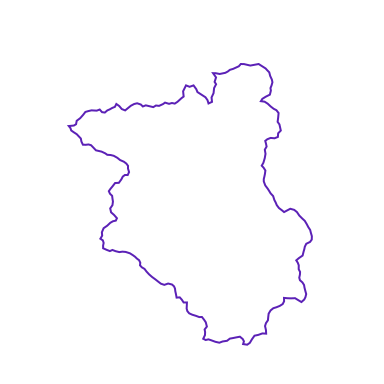 outline of Monte Santo de Minas, Minas Gerais, Brazil, rotated 104°
{"feature_id": "56859067B96658900686758", "entity_name": "Monte Santo de Minas", "entity_type": "district", "adm_level": 2, "iso_a3": "BRA", "parent_name": "Brazil", "parent_adm1": "Minas Gerais", "projection": "albers", "projection_center": [-46.948, -21.205], "detail": "fine", "context": "isolated", "style": "outline", "palette": "violet", "viewbox_px": 384, "rotation_deg": 104, "n_neighbors": 0, "source": "geoboundaries", "source_scale": "gbopen_adm2", "svg_char_len": 3658}
<svg xmlns="http://www.w3.org/2000/svg" viewBox="0 0 384 384"><g transform="rotate(104 192 192)"><path d="M252.9,269.7L256.1,268.6L259.5,269.6L260.5,266.8L262.8,265.4L265.5,265.3L268.1,264.6L268.8,260.7L269.2,257.4L267.5,255.2L267.9,251.9L267.9,248.0L266.7,245.0L266.2,241.8L266.5,237.4L267.6,234.1L268.6,231.6L269.9,229.4L271.0,226.8L273.1,225.1L275.7,224.7L277.2,222.5L278.1,219.5L280.2,216.9L282.3,213.7L284.1,210.2L285.7,206.3L287.1,203.2L288.5,200.0L288.8,196.4L286.6,193.0L286.6,189.0L287.9,186.6L289.9,185.1L292.3,184.2L294.9,182.9L298.2,181.4L297.2,178.4L298.9,175.9L301.2,173.4L300.4,170.2L303.8,169.5L306.4,169.0L308.7,167.7L310.4,165.4L311.0,162.1L311.2,158.3L311.6,154.8L310.9,152.1L313.0,149.4L315.1,147.1L319.0,145.0L322.3,146.5L324.7,145.4L327.7,144.8L331.7,145.6L332.3,142.9L331.0,140.4L331.2,137.7L331.7,133.0L331.6,129.0L329.6,126.1L327.9,122.0L325.1,119.8L323.9,117.1L322.5,114.2L320.8,110.5L322.4,107.2L324.3,105.5L327.2,105.6L326.8,101.5L324.4,99.4L320.4,98.2L316.3,96.6L314.6,93.1L312.2,89.5L311.5,85.8L308.2,86.8L304.4,88.7L301.3,88.5L298.1,87.3L294.7,87.8L291.5,88.2L287.9,87.1L285.1,85.0L283.4,82.2L281.3,79.3L278.8,76.9L275.8,76.2L272.5,77.1L272.0,73.8L271.3,70.4L270.1,66.3L271.3,62.5L272.3,59.2L269.2,57.1L266.7,56.5L263.4,56.5L260.4,58.2L257.6,59.7L255.1,60.8L253.0,63.0L251.5,65.9L249.2,67.2L246.0,67.3L243.4,67.8L241.1,69.8L237.3,70.7L235.1,72.2L233.1,74.3L230.3,72.3L226.9,69.3L223.0,69.3L220.4,69.2L217.8,69.3L214.6,68.6L211.9,65.4L209.2,64.3L205.9,65.0L202.8,66.8L200.2,68.2L198.0,70.6L195.4,72.9L192.7,75.6L191.0,78.7L188.9,82.2L186.1,85.3L184.6,88.5L184.5,92.6L187.3,95.7L189.2,97.8L188.0,100.3L186.5,103.8L184.2,106.6L181.9,108.3L179.9,110.1L176.3,112.3L174.3,115.4L172.4,117.3L170.5,119.3L167.9,122.5L164.4,124.9L162.1,125.5L159.7,125.5L156.9,125.6L153.4,126.0L151.1,128.4L149.6,130.7L146.4,129.8L141.6,129.6L137.2,129.9L133.3,131.6L129.9,130.6L127.2,131.9L124.7,133.3L122.6,131.7L120.5,128.8L119.9,124.9L117.8,122.0L114.2,122.6L110.9,120.7L107.7,122.3L105.3,123.5L103.2,125.9L98.9,126.4L94.4,127.1L92.2,129.9L91.5,132.9L90.0,136.3L88.0,139.9L86.8,143.4L87.2,147.1L84.6,146.3L81.7,143.5L78.7,140.0L74.5,140.0L72.2,141.0L69.4,140.6L66.1,140.5L63.6,141.7L60.5,144.2L57.2,146.0L55.7,148.4L54.3,150.5L53.1,154.1L51.7,158.3L55.2,166.0L55.3,172.5L56.0,175.6L58.7,177.0L62.6,181.9L64.3,184.8L66.4,186.4L68.3,188.5L70.8,193.7L71.0,197.8L71.6,200.3L75.0,196.4L79.7,196.7L81.6,194.7L85.8,195.7L90.9,195.0L95.5,195.9L99.7,194.4L102.1,197.4L99.1,199.2L96.8,201.9L93.7,210.9L91.2,212.7L88.2,216.3L90.5,219.8L90.0,223.6L96.4,225.0L101.4,223.2L103.5,224.9L108.0,227.9L110.4,230.1L110.5,233.0L112.0,235.6L111.8,239.8L113.7,241.4L116.4,244.8L116.8,247.9L119.0,250.1L119.1,257.8L120.9,260.4L119.5,262.8L119.2,266.7L120.6,269.4L123.1,272.2L129.0,276.6L128.5,280.2L126.2,283.4L124.9,286.7L128.0,287.4L129.8,289.8L131.8,291.9L133.3,293.9L136.0,295.8L136.3,298.6L134.3,301.5L136.1,304.1L137.1,309.3L138.7,312.4L140.1,314.8L143.5,316.3L147.5,318.4L150.8,321.1L154.3,320.9L156.1,322.7L157.8,327.5L159.4,325.4L161.5,324.1L162.6,321.3L163.8,317.8L165.6,315.0L167.0,312.8L169.8,311.5L172.5,309.3L171.9,306.5L170.9,303.9L171.0,301.3L172.8,298.4L174.8,295.3L174.7,289.5L175.5,285.5L176.4,283.2L175.8,279.9L175.8,276.7L176.9,272.7L178.4,269.5L179.1,265.4L180.3,262.6L182.1,260.4L184.7,259.8L187.9,257.9L191.1,258.5L191.7,261.2L193.8,262.9L196.8,263.6L200.8,265.2L201.9,268.8L205.8,270.5L208.7,271.9L211.3,272.9L213.5,271.2L215.0,268.6L217.8,267.5L220.4,266.4L224.0,266.0L227.7,267.4L231.3,265.6L233.1,262.1L235.6,258.5L238.2,259.0L239.5,261.6L241.6,263.8L245.2,266.1L248.5,269.0L252.9,269.7Z" fill="none" stroke="#5b21b6" stroke-width="2"/></g></svg>